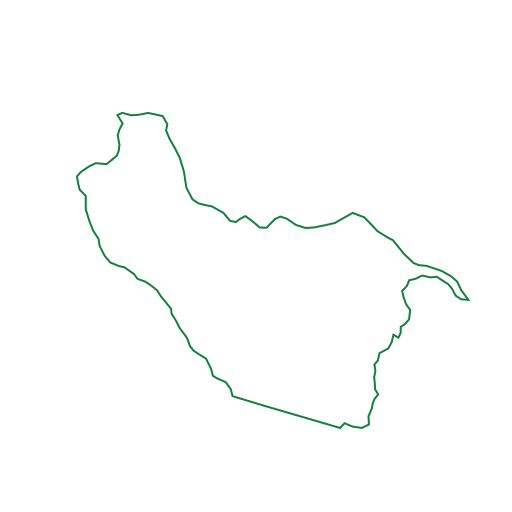 the district of Guaraíta, Goiás, Brazil, rotated 133°
{"feature_id": "56859067B84208885537844", "entity_name": "Guaraíta", "entity_type": "district", "adm_level": 2, "iso_a3": "BRA", "parent_name": "Brazil", "parent_adm1": "Goiás", "projection": "robinson", "projection_center": [-50.064, -15.682], "detail": "fine", "context": "isolated", "style": "outline", "palette": "green", "viewbox_px": 512, "rotation_deg": 133, "n_neighbors": 0, "source": "geoboundaries", "source_scale": "gbopen_adm2", "svg_char_len": 1817}
<svg xmlns="http://www.w3.org/2000/svg" viewBox="0 0 512 512"><g transform="rotate(133 256 256)"><path d="M154.5,191.0L154.2,196.9L153.9,203.3L158.6,214.7L170.5,218.5L178.2,220.9L186.4,226.5L195.4,232.9L201.8,239.0L206.0,247.8L207.7,259.0L210.6,265.1L216.0,267.3L222.7,267.5L228.1,267.5L232.6,272.7L233.0,282.2L234.1,291.0L240.0,293.1L244.9,293.9L248.0,298.9L246.7,309.2L249.7,321.8L252.8,327.0L256.7,333.8L257.9,341.1L253.6,353.4L243.4,366.3L236.2,378.7L232.6,388.4L229.1,399.5L225.5,407.4L220.1,410.7L217.3,419.7L220.8,425.6L224.9,432.4L232.8,438.2L238.2,443.2L242.5,451.4L247.5,453.5L250.0,444.0L257.0,442.0L262.1,439.4L267.7,431.8L272.6,428.2L277.5,426.2L290.7,427.9L297.4,436.5L304.1,439.1L313.8,441.4L320.0,441.2L324.6,435.0L327.7,430.3L328.2,421.5L337.9,412.4L343.7,402.4L348.6,392.2L350.9,382.8L355.3,377.2L359.1,366.9L360.1,358.1L356.8,349.3L354.0,344.6L352.4,332.8L353.5,327.0L350.2,319.4L349.1,312.4L348.6,304.7L350.2,298.9L352.5,282.2L355.8,278.3L357.8,270.8L360.7,262.8L363.0,250.5L366.9,242.9L367.8,237.0L366.3,228.2L365.1,222.7L369.1,212.1L373.0,205.9L371.9,200.6L368.9,192.1L370.7,183.4L374.5,177.6L363.8,155.7L357.6,143.2L324.4,77.2L317.9,77.2L314.9,69.0L309.5,61.3L302.2,58.5L296.4,64.5L288.5,67.3L284.2,70.1L279.8,71.8L273.9,72.2L272.3,78.0L267.9,82.5L264.1,86.9L258.5,90.4L254.6,95.4L249.5,95.6L242.8,99.4L233.6,96.2L226.5,98.0L219.8,101.8L218.6,96.2L213.7,97.7L209.1,101.8L204.1,100.6L197.8,100.9L190.3,106.5L189.0,113.2L185.4,120.1L181.9,125.3L175.1,125.2L169.2,127.4L163.7,123.7L157.0,121.2L152.9,114.1L147.8,109.4L146.5,101.4L145.5,96.2L146.2,90.4L148.8,83.0L147.8,76.6L143.2,70.7L141.2,82.1L137.5,91.5L137.8,99.7L140.3,110.0L146.8,124.4L151.6,130.6L153.7,136.1L153.5,149.9L152.7,155.2L151.1,166.6L152.7,172.5L155.0,184.0L154.5,191.0Z" fill="none" stroke="#15803d" stroke-width="2"/></g></svg>